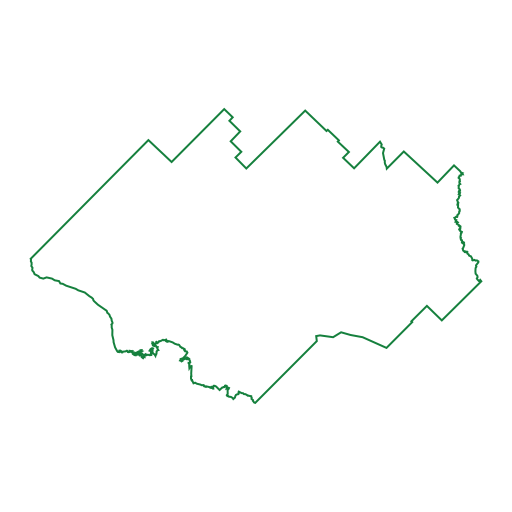 outline of Bahía Blanca, Buenos Aires, Argentina
{"feature_id": "61730980B87066922657052", "entity_name": "Bahía Blanca", "entity_type": "district", "adm_level": 2, "iso_a3": "ARG", "parent_name": "Argentina", "parent_adm1": "Buenos Aires", "projection": "natural_earth1", "projection_center": [-62.323, -38.588], "detail": "fine", "context": "isolated", "style": "outline", "palette": "green", "viewbox_px": 512, "rotation_deg": 0, "n_neighbors": 0, "source": "geoboundaries", "source_scale": "gbopen_adm2", "svg_char_len": 6085}
<svg xmlns="http://www.w3.org/2000/svg" viewBox="0 0 512 512"><path d="M460.1,171.1L454.0,165.4L437.5,182.6L403.8,151.5L386.8,168.6L386.6,167.0L385.1,164.0L384.8,162.7L384.8,160.6L384.3,159.9L383.0,153.1L384.2,148.6L383.0,147.7L381.9,147.5L381.3,147.1L381.2,146.2L381.7,144.5L380.0,141.7L354.1,168.3L343.1,157.8L348.9,152.0L337.8,141.6L338.9,140.4L327.8,129.8L326.5,131.0L305.2,110.6L246.3,168.5L235.5,157.5L241.3,151.8L230.7,141.3L240.2,131.4L229.4,120.8L232.7,117.3L224.2,109.1L171.6,162.0L148.4,140.1L30.7,258.8L31.0,259.2L30.9,261.5L31.6,262.6L31.6,264.6L31.3,266.0L32.5,267.8L32.2,269.6L32.3,270.5L33.7,272.1L34.6,274.2L38.4,276.1L39.6,277.6L43.3,278.6L46.6,277.4L52.0,278.6L54.7,280.3L59.0,281.1L60.4,283.5L62.7,283.8L66.2,285.7L75.7,288.8L78.2,290.3L84.8,292.5L89.4,296.2L91.7,297.6L93.1,299.0L93.4,300.3L94.1,301.2L97.9,304.7L106.7,310.8L107.3,312.8L108.3,313.5L109.5,314.9L110.0,316.6L111.4,318.6L111.7,320.6L112.5,322.6L112.4,323.5L111.4,324.5L111.7,325.3L111.7,327.5L112.4,329.8L112.3,335.2L113.5,340.2L113.6,342.2L115.1,347.4L117.2,351.2L117.8,351.9L118.5,352.0L118.9,351.5L119.2,351.7L119.3,351.0L119.8,351.2L119.9,350.6L120.4,350.6L121.1,351.1L121.3,352.2L122.0,352.5L122.4,352.4L122.5,351.7L125.5,351.4L126.9,350.7L127.4,351.0L127.8,352.0L128.7,352.2L129.4,352.0L129.6,350.8L130.2,350.9L131.1,351.8L131.3,351.1L131.9,351.0L132.0,351.3L132.8,351.3L132.7,352.1L133.2,353.0L132.9,354.0L134.5,355.1L135.2,355.2L135.7,354.5L135.1,354.0L135.1,352.8L136.0,353.2L136.4,354.6L136.8,354.1L136.2,353.6L136.2,352.8L137.5,352.1L137.7,353.2L137.3,353.4L137.8,353.7L137.6,354.6L138.3,354.5L138.0,352.9L138.8,352.4L138.7,353.8L139.4,355.1L140.4,353.8L139.8,353.1L139.4,351.3L140.6,351.1L140.5,350.2L141.5,350.1L141.3,350.8L142.0,351.1L140.8,351.7L140.5,352.9L140.9,352.9L141.0,353.4L141.3,353.6L141.4,354.9L141.0,355.6L141.5,356.2L141.6,357.0L143.1,358.2L143.8,357.3L143.6,356.8L143.4,355.0L144.7,356.4L144.9,354.6L145.7,354.1L146.5,355.2L147.9,354.7L149.7,355.2L151.3,355.0L151.3,354.8L150.7,354.5L150.7,353.7L151.1,353.0L150.7,351.1L149.6,350.7L150.6,349.1L152.0,348.2L152.9,348.3L153.1,348.6L152.1,349.5L152.6,350.5L152.5,351.2L151.6,351.3L152.6,352.4L152.1,353.3L153.1,353.4L154.6,354.5L155.4,355.8L155.5,355.3L156.2,354.6L156.1,354.0L156.5,353.4L156.6,351.4L157.6,350.3L158.3,350.1L157.3,348.5L157.7,347.1L156.5,347.0L156.2,346.1L155.1,345.5L154.4,346.1L153.0,345.5L153.1,344.6L152.8,344.6L152.8,344.0L152.2,343.6L152.5,342.8L152.4,342.3L152.9,342.3L154.7,344.3L155.7,343.9L156.1,343.3L156.0,343.0L156.4,342.6L156.3,341.9L156.5,341.8L156.9,342.1L156.8,343.0L157.3,343.2L158.6,342.2L159.1,341.2L160.5,341.1L163.0,339.8L163.9,340.3L166.2,339.6L166.5,340.4L166.1,341.2L166.9,341.7L167.6,341.8L168.5,341.4L168.5,341.1L169.2,341.2L172.7,342.4L174.7,343.7L177.6,344.7L178.4,344.6L179.2,345.0L180.4,346.9L181.5,347.3L181.6,347.7L182.2,348.2L182.8,348.1L184.6,349.1L184.5,349.7L183.4,350.3L184.5,350.0L184.9,350.2L184.8,350.8L185.1,351.3L186.8,351.5L187.4,352.7L185.2,356.0L182.9,358.3L180.6,359.0L180.6,359.7L180.1,360.5L180.8,360.7L181.5,361.4L182.6,360.8L182.8,359.8L184.8,359.0L186.0,358.1L186.0,358.7L186.6,359.2L187.5,359.2L187.8,357.9L189.3,358.9L189.3,359.8L189.9,360.7L189.9,361.4L190.3,362.2L189.7,363.0L188.6,362.9L188.6,363.3L189.4,364.4L189.2,365.7L189.4,368.1L189.7,367.6L189.6,366.8L190.2,366.9L191.2,366.0L191.6,366.1L191.2,373.6L191.4,376.3L191.0,376.4L191.0,378.7L191.4,379.6L191.9,379.8L191.7,380.5L192.0,380.8L192.3,380.7L193.5,383.3L195.1,382.7L196.8,383.7L200.5,384.6L201.6,385.2L203.6,385.1L203.8,385.8L204.6,386.1L204.5,386.4L206.0,386.9L206.4,386.4L209.9,387.2L210.3,387.3L210.2,387.6L211.2,388.0L211.7,387.9L211.6,386.8L212.9,386.6L213.1,388.6L213.3,388.6L213.1,386.6L213.6,386.4L213.8,385.8L214.7,385.8L216.1,386.5L219.6,390.0L222.1,387.6L222.7,387.6L223.4,387.0L224.5,387.1L225.1,386.6L225.0,385.7L225.4,385.5L226.5,385.8L226.4,386.3L226.9,386.5L227.0,386.9L226.6,388.5L228.3,387.7L229.0,388.0L228.5,389.1L227.6,390.0L227.7,393.9L226.8,395.2L227.4,396.1L228.1,395.9L228.9,396.7L230.9,396.9L232.7,398.0L233.3,399.0L234.9,397.6L235.4,395.9L236.0,394.9L237.2,394.3L238.2,394.2L238.7,393.7L238.5,392.2L238.8,391.6L241.6,393.1L243.0,393.2L243.9,394.1L245.6,394.2L247.7,395.6L247.9,395.4L248.4,395.7L251.2,396.2L251.2,396.8L251.7,397.6L251.5,398.9L253.0,400.1L252.9,400.9L253.4,401.3L254.0,402.4L255.2,402.9L316.8,341.1L316.2,336.1L320.0,335.4L333.1,337.2L341.1,332.3L350.6,335.0L362.6,337.2L386.5,347.9L412.2,322.1L411.4,321.3L426.9,305.9L441.8,320.4L481.3,281.3L480.2,279.9L479.3,281.0L478.9,281.0L477.3,279.3L476.8,278.5L477.6,277.1L477.3,275.7L475.6,273.7L475.4,271.2L475.6,268.0L476.4,266.7L476.0,265.8L476.1,265.2L478.3,262.4L478.4,261.4L476.9,260.4L475.5,260.6L474.5,259.9L472.7,260.4L472.3,260.2L472.2,258.6L470.9,256.3L469.4,255.8L469.0,255.5L468.7,254.5L467.4,253.6L467.1,252.7L467.4,252.0L466.9,251.6L465.7,252.2L464.8,252.1L464.7,251.2L464.1,251.3L463.2,250.6L462.6,248.6L463.1,248.1L464.3,245.0L463.5,243.4L464.1,242.9L464.0,242.5L463.4,242.2L462.7,243.2L461.9,242.6L462.2,241.4L462.0,240.3L461.2,240.2L460.6,238.7L461.0,237.9L460.4,237.1L460.9,234.3L460.8,233.5L460.9,233.1L461.6,232.8L461.9,231.9L460.2,231.0L460.0,230.2L459.2,229.6L459.6,228.6L460.3,228.6L460.5,226.4L459.9,225.9L459.3,226.2L458.8,225.8L458.8,225.0L456.8,223.9L456.8,223.0L457.8,222.4L457.3,221.9L455.6,221.8L456.3,220.1L455.1,219.6L454.4,217.8L455.4,217.5L456.0,216.8L457.2,216.9L457.5,215.6L457.3,215.2L458.8,213.7L459.2,212.9L459.1,211.9L459.8,210.9L459.5,210.0L459.7,209.3L458.0,207.6L458.1,204.7L458.0,204.2L457.5,204.3L457.8,203.2L458.2,202.9L457.8,202.6L457.9,202.0L457.1,200.1L458.7,198.3L459.1,197.0L459.0,196.5L460.1,195.5L459.4,194.8L459.8,193.5L459.0,193.7L459.5,192.5L458.7,191.9L459.2,190.7L459.9,191.0L460.1,190.8L459.8,189.4L458.6,188.1L458.8,186.8L458.5,185.8L459.0,185.4L459.4,184.4L460.2,184.0L459.5,183.2L459.3,182.0L459.9,181.4L459.6,180.8L459.9,180.0L459.5,178.6L458.6,177.9L458.7,177.3L459.2,176.8L459.6,175.6L460.8,175.7L461.2,174.3L462.7,174.3L462.2,173.4L462.5,173.1L462.0,172.9L461.6,173.4L460.1,171.1Z" fill="none" stroke="#15803d" stroke-width="2"/></svg>